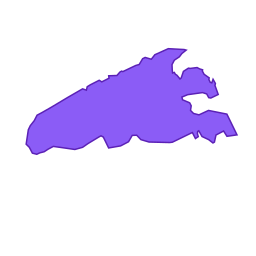 outline of Dosso, Dosso, Niger, rotated 63°
{"feature_id": "23599985B13950466033624", "entity_name": "Dosso", "entity_type": "district", "adm_level": 2, "iso_a3": "NER", "parent_name": "Niger", "parent_adm1": "Dosso", "projection": "robinson", "projection_center": [3.352, 12.846], "detail": "fine", "context": "isolated", "style": "filled", "palette": "violet", "viewbox_px": 256, "rotation_deg": 63, "n_neighbors": 0, "source": "geoboundaries", "source_scale": "gbopen_adm2", "svg_char_len": 1408}
<svg xmlns="http://www.w3.org/2000/svg" viewBox="0 0 256 256"><g transform="rotate(63 128 128)"><path d="M75.3,203.2L78.9,208.2L81.5,213.9L84.3,217.6L96.2,226.1L100.4,224.7L107.0,224.6L110.0,221.2L110.1,217.9L111.1,213.5L110.6,208.8L110.5,202.9L115.6,195.6L122.3,186.1L123.0,185.1L124.6,177.2L123.7,170.7L122.8,158.3L122.7,155.6L124.9,154.1L137.0,154.3L140.6,142.7L140.5,133.8L136.5,127.6L138.4,123.5L144.2,121.8L150.0,115.7L159.9,97.4L160.8,94.9L161.2,73.7L161.3,72.7L168.0,72.7L167.6,69.3L164.5,68.7L162.7,67.5L162.6,66.2L169.2,65.9L175.0,61.4L179.9,59.1L179.8,57.4L174.2,52.8L174.1,44.2L180.3,43.6L181.4,40.5L183.6,34.0L160.5,33.6L148.9,48.3L148.5,58.8L144.8,63.0L140.7,64.3L136.9,61.6L133.6,61.6L127.6,66.6L124.9,65.9L125.4,59.7L130.3,45.5L133.4,42.4L137.6,42.3L138.9,40.6L139.1,32.4L129.6,31.2L128.0,29.9L123.2,30.1L125.8,32.8L124.6,34.0L121.4,33.9L120.2,32.9L114.7,35.8L111.1,35.9L110.0,35.1L107.9,37.3L105.5,39.0L103.2,45.4L102.1,47.0L102.7,52.9L107.5,57.8L107.9,59.4L103.3,60.4L101.6,61.4L99.5,61.5L99.2,63.3L96.1,62.1L91.5,60.0L88.6,55.9L87.9,49.9L86.1,46.2L85.0,40.8L83.6,42.3L75.6,56.1L74.9,70.8L77.3,76.0L72.9,80.7L72.9,83.5L76.5,89.2L75.8,92.7L75.4,107.0L74.4,107.9L74.5,109.9L76.2,114.0L72.7,121.5L75.0,122.3L75.0,130.4L72.4,132.0L72.4,134.4L72.4,142.0L72.7,145.6L75.4,147.9L72.5,150.7L73.4,167.9L74.7,187.1L75.2,197.6L75.3,203.2Z" fill="#8b5cf6" stroke="#5b21b6" stroke-width="1.5"/></g></svg>